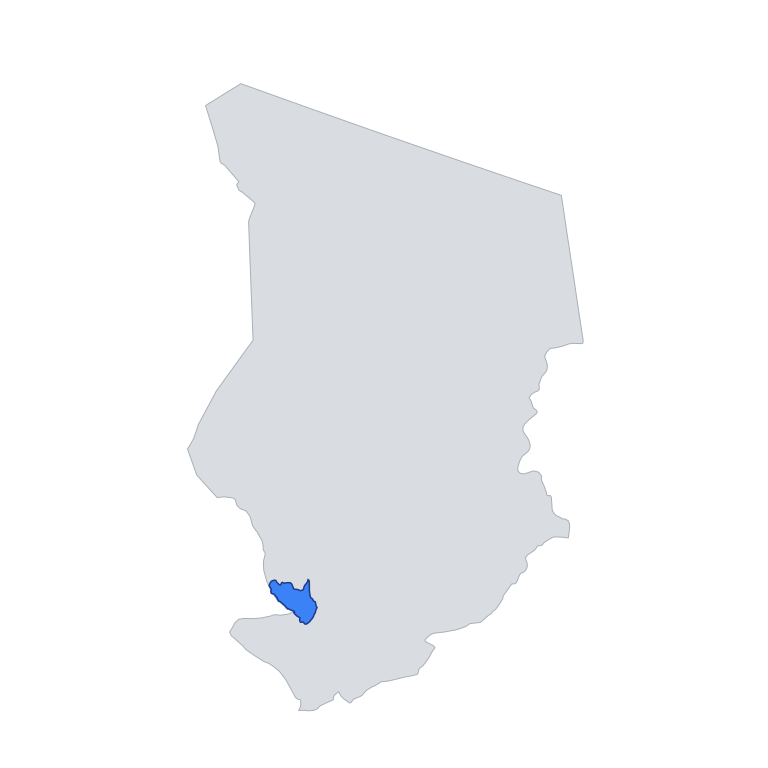 Mayo-Boneye, Mayo-Kebbi Est, Chad (highlighted), rotated 353°
{"feature_id": "50815135B64807508580818", "entity_name": "Mayo-Boneye", "entity_type": "district", "adm_level": 2, "iso_a3": "TCD", "parent_name": "Chad", "parent_adm1": "Mayo-Kebbi Est", "projection": "albers", "projection_center": [15.551, 10.251], "detail": "fine", "context": "in_parent", "style": "filled", "palette": "blue", "viewbox_px": 768, "rotation_deg": 353, "n_neighbors": 0, "source": "geoboundaries", "source_scale": "gbopen_adm2", "svg_char_len": 6298}
<svg xmlns="http://www.w3.org/2000/svg" viewBox="0 0 768 768"><g transform="rotate(353 384 384)"><path d="M583.0,218.4L583.5,235.9L583.9,253.4L584.4,271.0L584.9,288.6L585.4,306.2L585.8,323.8L586.3,341.5L586.8,359.1L587.0,365.0L586.5,367.3L586.3,367.7L585.6,368.1L576.4,366.7L572.4,366.7L566.8,368.1L558.6,369.0L553.2,368.9L549.6,372.0L546.8,375.8L548.4,384.5L548.1,387.4L547.1,390.5L544.6,393.1L542.1,395.3L540.7,397.1L538.9,401.1L537.6,403.0L537.8,405.5L537.4,408.2L535.9,409.6L532.1,410.6L529.6,411.9L527.6,413.8L526.3,415.2L527.1,417.0L528.1,419.5L528.7,423.5L529.2,425.7L531.1,427.6L532.3,428.9L532.7,430.5L531.7,431.9L527.0,434.9L525.1,436.0L523.0,437.5L522.2,438.0L518.8,440.8L517.1,443.2L516.3,445.3L516.4,448.0L518.3,452.1L520.2,455.6L521.0,458.2L521.5,461.1L521.4,463.9L520.5,466.3L518.8,468.5L512.4,472.6L509.2,477.2L506.8,482.6L506.2,485.6L506.9,487.5L508.3,489.2L510.3,490.0L513.1,490.2L517.8,489.2L522.1,488.5L526.8,490.4L529.3,494.8L528.4,498.2L530.3,504.2L532.0,511.4L532.0,513.8L532.7,514.7L535.6,515.1L536.3,516.8L535.6,529.6L537.0,533.2L539.0,535.7L541.2,536.9L543.5,538.6L544.7,539.7L547.2,540.0L550.2,542.2L551.0,545.3L550.9,548.3L549.4,554.8L548.1,559.2L546.4,558.9L543.0,557.9L538.8,557.1L533.7,556.5L528.9,558.3L523.7,560.7L522.1,562.5L520.7,563.5L518.4,563.4L516.3,563.7L515.1,565.4L513.3,567.2L505.8,571.1L504.2,572.5L503.3,573.9L503.3,575.3L504.1,578.4L504.2,582.1L502.6,585.2L500.6,587.3L498.4,588.1L496.6,588.6L495.4,589.9L491.5,596.9L489.9,598.2L486.4,598.1L476.6,608.7L475.6,611.7L472.1,616.1L467.5,621.1L463.4,623.5L463.1,624.4L462.0,625.3L459.5,626.4L450.7,632.4L440.1,632.3L435.5,634.7L430.9,635.8L424.3,637.0L422.3,636.9L413.8,637.5L403.7,637.4L399.9,638.3L396.3,640.6L393.7,642.6L393.3,643.2L393.7,644.1L393.6,644.7L400.7,649.4L402.5,651.8L400.7,654.1L399.9,654.4L399.8,654.6L398.6,656.4L394.6,661.9L388.4,668.3L385.2,670.2L383.9,671.4L382.3,675.7L381.2,676.3L376.9,676.9L368.4,677.4L356.6,678.9L349.6,679.4L345.2,679.1L339.0,682.0L336.8,682.8L335.4,683.1L329.3,685.9L324.2,690.4L322.4,691.2L315.3,693.1L312.4,696.2L311.1,696.4L306.5,692.4L303.4,688.8L301.8,685.1L301.6,684.0L300.7,684.2L298.2,685.8L296.1,687.7L295.1,691.2L287.6,693.6L281.3,695.7L278.4,698.2L274.0,699.5L268.3,699.0L263.9,698.0L259.6,697.6L261.6,694.4L262.4,692.0L262.6,689.1L262.3,687.1L259.7,686.1L258.1,684.6L254.4,675.3L250.6,665.8L245.2,656.5L239.4,650.5L235.2,646.9L233.8,646.4L231.7,645.2L230.2,644.2L222.4,637.8L214.5,630.7L212.4,627.4L208.4,622.6L204.0,617.6L201.7,615.3L200.6,611.2L203.7,607.5L207.0,602.8L211.1,599.8L216.3,599.6L225.0,600.9L234.3,601.3L243.6,600.4L246.0,599.7L248.3,599.8L253.3,600.9L262.0,600.6L266.4,598.7L261.6,595.5L256.4,590.4L251.6,584.8L248.7,579.8L246.0,573.2L243.5,565.2L242.0,554.7L242.2,548.8L243.0,544.6L245.6,537.7L243.9,533.6L244.3,530.4L244.0,525.6L243.2,523.1L239.9,515.1L239.2,514.2L236.3,508.7L235.0,499.4L231.7,493.3L226.3,490.3L223.3,486.7L222.2,480.4L220.1,478.7L211.6,476.5L204.6,476.4L199.5,469.2L193.0,460.0L187.0,451.4L183.2,434.3L181.0,424.5L183.6,421.5L188.6,414.6L195.0,401.3L209.5,380.8L216.8,370.4L231.4,354.7L249.3,335.4L259.4,324.6L261.0,304.8L262.8,283.9L264.1,268.2L265.7,249.5L267.0,233.9L268.0,222.6L269.4,206.6L270.5,203.5L277.5,190.9L278.0,189.2L276.7,187.1L266.8,176.4L263.7,174.1L262.0,168.5L264.5,165.4L252.6,147.5L249.7,145.4L248.4,143.2L248.3,140.0L248.1,127.6L244.9,108.3L240.8,85.9L254.7,79.5L265.2,74.6L278.6,68.5L291.1,74.8L309.1,83.9L327.2,93.0L345.3,102.1L363.4,111.1L381.6,120.2L399.7,129.2L417.9,138.2L436.2,147.2L454.4,156.1L472.7,165.1L491.0,174.0L509.4,182.9L527.7,191.8L546.1,200.7L564.5,209.5L583.0,218.4Z" fill="#d9dde1" stroke="#a8b0b8" stroke-width="1"/><path d="M284.8,568.9L283.9,571.1L282.5,572.6L281.1,573.9L280.0,575.4L279.3,577.3L278.5,578.5L277.0,578.8L275.6,578.9L274.3,578.0L272.9,577.3L271.0,577.0L269.3,576.2L268.9,574.1L268.3,572.1L267.8,570.8L266.5,569.8L264.7,569.5L263.2,569.4L261.9,569.5L260.4,569.4L258.9,568.5L257.9,569.1L256.9,570.8L255.4,570.3L254.5,569.0L253.3,567.6L252.8,565.9L251.1,565.3L249.7,565.6L248.0,566.1L246.8,567.5L246.0,569.0L245.4,570.1L245.5,570.3L245.8,570.7L245.8,570.8L245.9,571.2L246.0,571.3L246.1,571.6L246.3,571.9L246.3,572.2L246.4,572.5L246.5,572.7L246.6,573.0L246.8,573.3L247.0,574.3L246.9,574.6L246.8,574.8L246.8,575.0L246.7,575.1L246.6,575.3L246.4,575.6L246.4,575.9L246.4,576.2L246.4,576.3L246.4,576.5L246.4,577.1L246.5,577.6L246.7,577.8L246.7,578.0L247.0,578.2L247.2,578.4L247.3,578.4L247.5,578.5L247.9,578.7L248.7,579.0L248.9,579.0L249.0,579.0L249.4,579.4L249.5,579.5L250.2,580.3L250.3,580.6L250.4,580.8L250.5,581.2L250.6,581.6L251.0,582.0L251.2,582.3L251.5,582.6L251.8,582.9L251.9,583.1L251.9,583.3L251.8,583.8L251.9,584.5L252.0,584.7L252.2,584.9L252.3,584.9L252.3,585.0L252.3,585.5L252.5,585.8L252.8,586.0L252.9,586.3L253.0,586.4L252.9,586.5L252.9,586.8L253.0,586.8L253.6,587.0L254.0,587.1L254.3,587.3L254.6,587.4L254.7,587.5L254.9,587.7L255.0,587.9L255.1,588.1L255.3,588.5L255.6,588.7L256.2,589.1L256.8,589.9L257.1,590.4L257.1,590.5L257.3,590.7L257.7,591.0L257.8,591.1L258.3,591.5L258.5,591.6L258.6,591.8L258.9,592.7L259.2,593.2L259.3,593.3L259.6,593.5L259.8,594.1L259.8,594.3L260.0,594.4L260.4,594.6L260.6,594.7L260.7,594.9L260.8,595.1L260.9,595.4L260.9,595.5L261.1,595.5L261.2,595.4L261.3,595.3L261.5,595.3L262.0,595.6L262.3,595.8L262.5,596.0L262.9,596.3L263.0,596.4L263.2,596.6L263.5,596.7L263.9,596.9L264.1,597.0L264.4,597.3L264.6,597.4L265.0,597.4L265.4,597.7L266.0,598.0L266.6,598.3L266.9,598.5L267.2,598.8L267.3,598.9L267.4,599.0L267.5,599.4L267.5,599.5L267.3,599.8L266.6,600.0L267.0,600.8L268.0,602.1L269.0,603.4L269.9,604.1L270.8,604.9L271.5,605.3L272.0,605.8L271.7,607.0L271.5,608.2L271.6,609.2L271.9,610.0L272.1,610.3L272.5,610.4L273.0,610.4L273.8,610.3L274.3,610.5L274.7,610.5L275.3,610.9L275.6,611.9L275.8,612.1L276.6,612.8L277.0,612.8L277.3,612.8L278.4,612.5L278.8,612.4L279.2,612.1L279.9,611.6L281.3,610.9L282.6,609.4L283.7,608.5L283.8,608.4L284.2,607.9L285.4,606.6L286.0,605.4L286.2,604.9L286.5,604.4L287.2,603.6L287.9,602.6L288.5,601.1L289.0,599.7L289.6,598.8L290.3,597.8L289.5,595.6L289.5,594.8L289.4,593.7L289.3,591.9L288.3,591.2L287.9,590.9L287.7,590.8L287.6,590.7L287.3,590.0L286.8,588.5L285.9,587.8L285.0,586.5L284.8,583.8L284.7,580.5L285.8,570.9L285.4,569.5L284.8,568.9Z" fill="#3b82f6" stroke="#1e3a8a" stroke-width="1.5"/></g></svg>